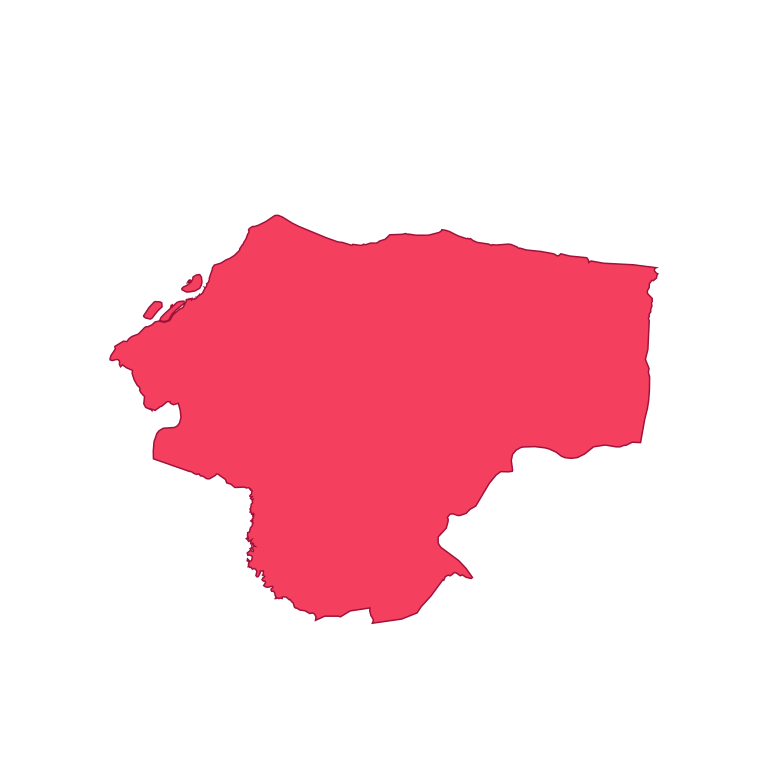 Tanah Bumbu, Kalimantan Selatan, Indonesia (Albers equal-area conic projection), rotated 211°
{"feature_id": "22746128B5843223707622", "entity_name": "Tanah Bumbu", "entity_type": "district", "adm_level": 2, "iso_a3": "IDN", "parent_name": "Indonesia", "parent_adm1": "Kalimantan Selatan", "projection": "albers", "projection_center": [115.836, -3.459], "detail": "fine", "context": "isolated", "style": "filled", "palette": "rose", "viewbox_px": 768, "rotation_deg": 211, "n_neighbors": 0, "source": "geoboundaries", "source_scale": "gbopen_adm2", "svg_char_len": 6176}
<svg xmlns="http://www.w3.org/2000/svg" viewBox="0 0 768 768"><g transform="rotate(211 384 384)"><path d="M133.9,465.9L142.3,487.9L145.6,498.7L148.8,506.5L153.3,515.4L159.9,526.8L163.3,530.0L164.8,533.8L172.6,539.7L175.6,549.5L189.2,574.8L191.2,576.5L191.4,578.6L192.7,580.3L192.5,583.1L194.0,585.9L194.4,588.6L196.4,591.2L196.8,593.4L198.2,595.5L203.9,597.0L205.4,597.9L206.3,599.9L206.3,603.1L208.2,606.6L207.8,610.8L206.4,611.2L205.0,615.2L206.0,617.5L206.0,619.5L207.9,619.3L210.7,620.4L211.4,622.6L210.5,623.9L231.7,614.6L258.2,600.5L269.9,596.1L271.1,593.6L272.2,595.2L274.6,596.5L275.8,596.4L290.6,589.4L299.5,586.7L300.3,584.0L301.7,583.0L305.0,583.1L307.2,582.4L317.8,578.4L331.0,572.2L337.7,570.4L338.1,569.6L340.5,570.0L347.2,569.0L349.7,567.8L359.4,560.9L363.1,559.1L363.5,557.9L366.2,557.9L377.0,553.4L381.7,552.8L384.7,553.2L385.6,552.1L386.9,552.1L388.4,551.0L391.5,550.3L397.0,549.1L406.6,548.4L411.0,547.3L413.9,546.0L413.6,545.2L414.7,542.4L422.6,534.4L433.0,528.1L440.0,525.2L440.1,524.6L442.8,524.2L445.6,521.6L455.9,514.9L457.6,508.6L461.7,503.9L461.8,502.8L463.3,500.7L468.2,497.8L471.4,494.0L473.6,493.2L474.3,491.7L475.6,490.7L482.7,487.6L482.9,486.3L492.7,483.9L496.5,482.1L508.9,479.6L538.2,475.2L545.8,474.6L557.1,474.8L561.5,474.1L564.3,472.3L569.0,462.3L573.5,455.3L575.6,452.8L578.0,451.1L579.5,447.8L579.5,446.2L578.4,445.5L577.9,444.0L578.0,442.2L577.0,437.3L577.1,432.5L576.6,431.0L577.1,430.2L577.3,425.4L576.6,424.3L578.4,417.3L580.9,412.2L583.3,409.1L586.0,403.7L590.7,398.5L590.8,395.0L590.2,393.9L588.3,384.8L587.5,383.6L586.9,380.7L587.6,378.5L586.8,378.0L586.5,375.8L586.6,374.5L587.3,374.4L586.8,374.2L586.4,368.2L587.6,365.5L588.2,365.7L587.9,364.6L588.5,364.2L588.9,361.8L589.5,361.7L589.1,361.2L589.5,360.0L590.1,360.0L590.1,359.1L592.1,358.4L592.1,357.5L592.6,358.1L592.6,357.3L593.1,357.7L593.9,357.4L594.0,356.5L594.9,356.7L594.8,356.0L596.4,355.1L596.2,353.8L596.8,354.0L596.8,353.8L596.1,353.5L595.7,346.1L597.7,342.8L600.5,334.7L600.3,329.1L600.8,327.4L603.9,323.8L609.5,321.9L612.2,319.3L613.4,315.2L615.7,311.7L617.5,310.4L618.2,309.2L620.3,300.3L624.7,294.7L626.0,291.1L626.2,288.0L629.4,286.5L634.1,277.6L632.3,275.5L632.7,268.1L632.0,265.0L631.4,263.7L630.1,263.8L628.5,264.5L626.6,266.7L624.5,268.0L622.5,267.4L620.7,264.3L618.7,263.1L618.0,265.7L613.1,265.3L606.6,266.1L605.4,263.4L600.4,259.0L594.8,255.8L592.3,255.3L590.5,254.1L590.4,253.0L588.0,251.4L582.8,249.9L579.7,243.3L576.2,241.2L571.5,241.8L571.3,242.6L569.2,241.7L569.6,242.8L566.6,243.5L564.1,249.4L563.1,250.4L560.8,257.1L558.4,258.6L557.2,257.5L553.8,257.8L550.4,261.5L545.1,256.5L540.8,250.8L539.2,245.2L539.5,241.8L541.1,238.9L550.4,232.4L552.7,228.2L553.2,224.7L551.4,216.1L547.2,207.6L543.1,201.1L505.4,208.9L504.4,209.6L500.4,209.5L497.9,210.1L496.2,211.6L494.0,210.7L492.0,211.7L487.2,211.5L484.8,212.8L481.6,218.6L481.1,220.8L480.2,221.2L470.7,220.5L467.9,218.2L463.7,219.3L458.5,218.5L450.8,223.6L448.4,224.0L446.8,225.3L444.2,225.3L444.4,224.6L443.3,224.3L442.3,224.7L440.8,221.2L441.4,220.1L441.3,218.8L440.4,218.5L439.0,219.5L439.4,217.1L437.7,216.9L436.9,217.8L436.8,215.9L435.3,214.3L435.9,212.7L434.4,209.2L434.5,207.8L433.6,207.5L432.8,205.3L432.2,205.8L430.5,204.3L429.4,205.9L428.3,205.5L428.3,204.4L429.2,204.7L429.3,204.2L428.4,203.4L427.9,203.6L428.0,202.8L427.2,202.4L427.4,200.6L425.9,199.0L426.0,198.5L427.5,198.8L427.7,198.0L424.7,197.5L424.7,196.0L423.9,195.1L424.4,191.7L423.1,187.9L424.3,186.4L422.6,183.2L421.8,183.0L421.6,182.4L422.4,180.5L421.6,180.4L420.6,181.6L420.1,179.8L418.7,179.4L417.2,182.4L417.1,180.5L416.1,178.5L415.1,179.5L414.2,177.7L413.7,179.7L413.0,178.7L410.7,178.5L412.0,177.8L414.0,173.8L413.5,173.5L412.2,174.7L410.9,174.9L409.9,174.0L409.9,172.9L412.8,172.6L414.2,168.7L412.5,167.1L411.6,167.9L408.9,168.6L407.7,167.8L406.7,164.8L407.4,162.9L410.9,163.8L410.3,162.1L407.6,161.7L407.6,160.4L406.2,157.4L405.5,158.1L404.6,157.7L403.7,158.4L401.5,157.5L400.2,159.0L398.6,159.0L396.5,158.1L395.1,153.8L393.8,153.3L392.8,153.8L392.6,154.9L392.9,158.5L393.8,159.8L391.1,161.6L389.6,159.0L389.7,157.6L387.1,157.7L387.2,156.2L387.9,155.5L387.8,153.4L385.9,152.9L384.5,153.8L383.3,152.9L383.3,149.2L380.9,149.1L378.9,149.9L375.6,153.1L374.9,152.9L374.3,152.1L375.2,150.1L374.8,149.3L373.5,148.5L372.1,149.5L369.8,148.5L368.4,146.6L366.8,145.9L366.7,144.1L366.0,144.5L365.7,145.6L363.6,145.9L362.6,147.1L360.8,147.7L361.5,149.2L358.2,151.0L354.0,150.2L353.3,151.0L351.1,149.8L349.4,149.8L346.0,146.7L344.5,146.4L343.1,147.0L339.7,146.9L335.1,148.9L329.5,149.0L327.4,150.9L325.0,151.1L322.2,149.2L321.0,146.1L315.2,154.5L303.5,161.5L301.5,161.9L296.1,172.1L280.7,184.8L279.4,182.2L276.0,178.8L272.1,176.8L271.3,175.7L270.8,172.9L247.8,191.6L237.8,204.8L237.4,212.5L234.6,226.3L232.7,246.5L231.7,246.5L232.2,250.3L231.0,252.7L229.9,253.5L228.8,253.5L228.1,254.3L226.5,258.7L224.8,259.3L219.9,258.9L218.5,260.7L214.2,260.6L209.2,262.1L208.5,263.7L218.7,268.2L229.1,271.1L251.3,273.3L254.2,274.6L256.0,276.1L258.8,280.8L256.4,292.6L258.3,299.2L259.3,301.1L261.0,302.3L260.4,306.5L257.8,308.3L253.0,309.3L251.1,310.5L247.0,315.4L245.8,320.7L242.5,326.7L242.6,353.2L241.0,363.8L238.8,369.0L231.8,373.0L229.1,375.3L229.2,376.1L235.5,384.0L237.6,389.9L236.7,395.4L233.9,400.2L232.1,401.8L222.3,408.1L213.1,412.2L209.0,413.4L201.3,414.2L194.6,413.5L190.6,414.2L185.3,416.7L180.4,420.5L176.0,427.3L172.0,438.1L163.0,445.6L152.6,449.7L149.4,451.6L146.9,454.8L144.9,456.2L141.2,462.0L133.9,465.9ZM598.3,382.9L601.0,380.8L602.8,377.4L602.0,375.7L601.8,371.8L603.9,366.7L605.9,363.9L606.4,361.6L605.7,360.8L600.7,361.1L597.9,363.0L594.0,366.4L591.3,371.1L591.5,374.5L592.6,377.8L595.5,381.5L598.3,382.9ZM618.4,339.0L622.6,336.8L623.2,336.0L624.8,328.6L625.2,318.6L624.4,318.0L622.4,317.8L617.7,319.3L616.8,320.7L615.6,330.1L614.0,335.9L616.3,339.1L618.4,339.0ZM598.2,352.0L601.7,349.5L603.5,347.2L608.4,330.7L609.4,326.2L609.0,323.2L606.3,323.6L604.4,324.5L601.5,327.8L601.7,334.8L600.4,340.3L596.9,350.1L597.0,351.1L598.2,352.0ZM604.0,373.3L604.7,372.1L604.7,369.7L602.8,371.7L603.2,373.2L604.0,373.3ZM606.3,342.8L606.9,341.6L606.4,340.1L605.6,342.0L606.3,342.8Z" fill="#f43f5e" stroke="#9f1239" stroke-width="1.5"/></g></svg>